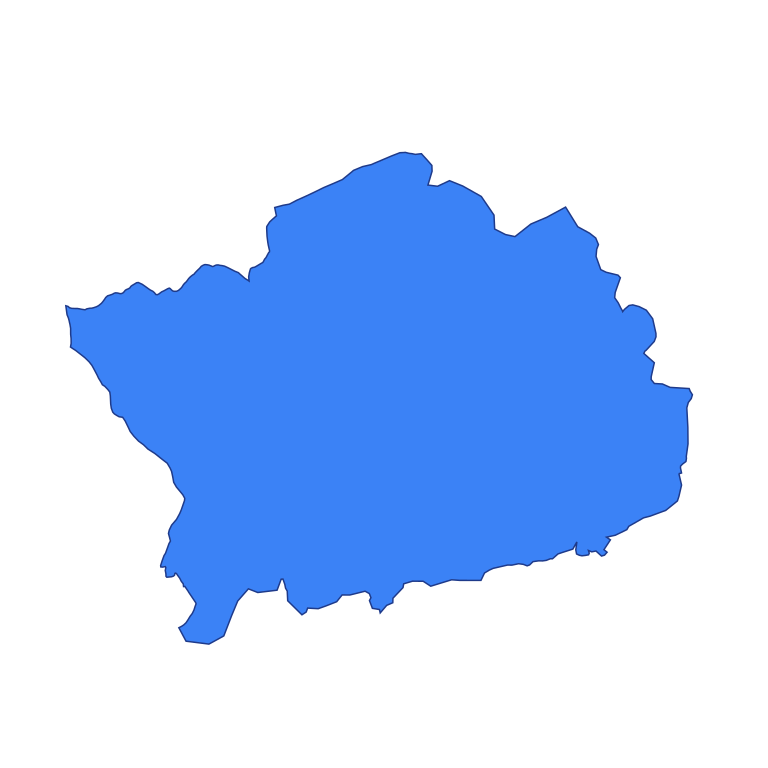 the district of Moneasa, Bihor, Romania, rotated 259°
{"feature_id": "2599482B38524178842533", "entity_name": "Moneasa", "entity_type": "district", "adm_level": 2, "iso_a3": "ROU", "parent_name": "Romania", "parent_adm1": "Bihor", "projection": "orthographic", "projection_center": [22.292, 46.464], "detail": "fine", "context": "isolated", "style": "filled", "palette": "blue", "viewbox_px": 768, "rotation_deg": 259, "n_neighbors": 0, "source": "geoboundaries", "source_scale": "gbopen_adm2", "svg_char_len": 5328}
<svg xmlns="http://www.w3.org/2000/svg" viewBox="0 0 768 768"><g transform="rotate(259 384 384)"><path d="M608.0,443.7L606.7,436.4L606.2,433.9L602.4,416.0L601.8,413.4L601.5,404.5L600.5,399.6L599.5,394.8L598.4,392.9L592.6,382.1L590.4,372.1L588.3,362.2L585.5,351.9L583.1,342.4L581.0,333.4L578.6,325.4L578.7,319.1L578.1,310.4L573.1,310.4L569.6,310.5L568.5,308.6L566.5,305.2L564.9,302.7L562.8,300.7L561.0,299.0L559.6,298.6L556.3,298.1L554.2,297.8L551.5,297.4L548.9,297.2L545.8,297.0L542.6,296.9L539.0,297.0L536.8,297.1L535.6,296.8L534.9,295.8L533.1,294.3L530.6,292.3L529.3,290.6L527.6,289.3L526.4,288.2L525.8,286.3L524.7,283.3L523.8,280.8L523.3,279.1L523.4,277.5L523.0,275.8L522.5,274.9L520.4,273.8L518.8,273.0L516.6,272.2L515.1,271.6L510.8,271.2L511.8,270.2L514.2,267.6L517.7,264.9L519.2,263.7L521.1,262.3L523.1,259.2L528.0,252.9L530.1,250.0L531.1,247.7L531.8,245.5L532.5,244.1L532.8,242.1L532.5,240.5L532.0,238.9L532.1,237.8L532.8,237.0L533.3,236.1L534.1,234.9L534.8,233.1L535.3,231.5L535.4,230.5L535.0,228.8L534.4,227.1L532.7,225.0L531.7,223.4L530.7,221.9L529.3,219.9L528.0,218.4L527.5,216.9L526.2,214.4L524.8,212.4L523.1,210.6L521.9,209.2L521.1,207.8L519.9,206.2L518.5,204.9L517.3,203.7L516.5,202.5L515.6,201.0L515.0,199.8L514.6,198.0L515.1,195.4L515.9,194.1L517.0,193.3L518.6,192.2L519.1,191.5L518.8,189.8L518.1,187.7L517.4,185.5L516.9,183.4L516.2,181.9L515.4,180.3L514.9,178.6L515.4,177.1L517.4,176.1L519.2,174.7L520.7,172.7L522.5,170.9L525.1,168.5L528.0,165.7L530.5,162.2L530.6,160.4L529.8,158.3L528.8,155.5L528.1,154.1L526.8,152.8L526.3,151.4L525.8,149.0L525.3,147.8L524.2,146.6L523.1,144.9L522.9,143.7L523.0,142.3L524.1,140.0L524.7,138.0L524.6,136.5L523.9,134.4L523.5,131.5L523.3,129.5L522.0,127.3L520.6,126.0L518.3,123.5L517.1,122.0L515.4,118.8L514.7,116.5L514.3,113.5L514.2,111.4L514.5,109.9L514.5,106.7L513.9,104.7L515.1,101.3L515.9,99.4L516.6,97.5L517.1,95.0L517.8,92.0L517.9,91.7L518.5,90.6L518.8,89.9L520.4,88.7L521.1,87.4L521.5,86.6L514.7,86.2L512.4,86.1L508.9,86.8L506.1,87.0L505.8,87.0L504.2,87.0L502.4,87.1L498.4,87.0L492.6,85.9L488.2,85.5L483.4,84.6L480.1,83.3L478.1,85.3L475.7,87.8L466.9,95.4L462.0,98.8L460.0,99.8L458.1,100.8L453.1,102.4L447.5,104.1L444.2,104.9L439.7,106.6L437.0,107.4L435.0,109.5L431.4,111.8L428.4,113.3L424.6,113.1L420.5,112.5L416.5,111.9L412.2,111.7L408.1,112.4L406.1,113.6L404.2,115.6L402.4,117.7L401.2,121.1L397.0,122.9L389.9,124.8L385.8,125.8L380.5,128.5L374.7,132.2L370.3,136.3L365.1,139.9L359.5,145.8L352.8,151.5L347.6,156.1L342.2,158.0L338.7,158.8L332.8,158.9L327.6,158.8L322.4,160.6L317.7,163.2L313.6,165.4L309.8,166.6L307.6,165.9L299.0,160.9L296.2,159.0L295.4,158.4L290.7,154.5L286.0,148.6L281.7,145.4L278.4,143.9L274.3,144.2L270.6,144.4L268.4,142.5L265.0,140.5L259.5,137.2L257.5,135.3L252.8,132.5L251.7,131.9L248.4,130.1L247.0,130.0L246.8,130.8L246.6,131.4L246.5,131.8L246.5,133.2L246.5,134.5L245.5,134.8L243.9,134.2L242.7,133.7L239.3,133.7L236.8,133.3L235.8,133.9L235.5,136.6L235.3,138.8L235.6,140.7L236.3,141.9L238.0,142.6L238.1,143.5L237.1,144.3L235.6,144.9L232.4,146.4L228.9,147.4L226.2,148.8L224.7,148.7L223.4,148.6L223.3,149.3L223.3,149.9L217.7,152.3L217.0,152.5L205.4,157.4L204.1,157.6L201.5,156.0L198.5,154.4L195.3,152.0L192.9,149.3L189.5,146.2L187.4,144.1L185.7,141.4L185.1,139.9L184.8,139.2L184.4,137.9L183.9,136.1L169.3,140.6L162.1,162.5L163.7,167.6L167.3,178.7L185.8,190.3L198.9,199.0L208.8,211.8L203.4,220.3L202.0,239.7L212.0,245.8L211.8,247.6L206.2,248.4L203.6,248.4L202.4,248.4L199.2,249.5L189.6,248.1L173.1,259.4L175.0,264.1L178.6,266.3L176.0,276.5L177.2,284.5L179.3,296.0L184.9,302.6L183.4,310.2L184.2,325.9L181.1,329.6L176.7,330.4L174.2,328.4L166.0,329.8L163.5,336.5L160.0,336.6L166.2,344.4L167.6,350.9L172.0,351.9L180.5,363.8L184.1,365.2L185.0,374.4L182.9,384.8L176.6,391.3L178.0,404.4L178.9,413.0L176.8,420.8L172.7,441.7L179.3,446.6L181.2,451.8L182.2,456.0L182.7,470.8L181.8,475.0L181.9,481.8L180.4,486.3L178.2,489.8L178.6,492.4L181.2,496.4L180.9,502.1L180.1,505.9L179.9,509.6L180.7,514.0L180.3,516.1L184.0,522.4L184.6,526.9L185.9,537.9L192.2,543.2L185.9,541.1L184.7,540.6L180.4,540.6L179.6,541.7L178.6,543.1L177.6,545.5L177.3,549.1L177.3,552.2L178.8,553.2L181.6,552.9L179.6,555.9L179.6,560.2L173.6,564.7L173.9,567.8L176.3,570.9L179.4,568.3L187.8,576.5L191.2,573.2L191.4,582.2L194.7,594.6L197.6,597.1L203.1,613.3L203.5,620.0L206.2,636.5L213.2,649.7L217.3,652.0L228.0,656.8L239.1,656.4L239.8,656.8L239.7,658.1L239.9,659.1L245.0,659.0L246.9,659.5L248.5,661.9L250.3,665.6L253.3,666.7L255.2,666.9L267.2,671.0L283.5,674.0L302.8,676.7L307.8,679.2L311.0,682.8L314.6,684.7L318.5,683.2L321.3,682.7L326.1,664.2L330.9,657.3L332.9,649.5L337.4,647.1L340.2,647.7L353.3,653.4L364.4,644.9L366.4,646.3L367.2,647.9L374.2,657.4L378.4,660.0L381.8,660.6L396.8,660.2L406.4,655.6L411.3,649.2L414.2,643.3L414.3,639.5L411.4,634.3L409.5,632.1L410.7,631.9L413.2,631.0L419.0,629.4L424.7,626.9L429.7,628.4L443.2,636.3L446.2,634.5L451.3,623.4L454.9,618.6L468.8,616.5L475.7,618.5L479.9,621.1L486.9,619.7L492.8,614.6L501.4,604.2L523.0,596.0L516.6,575.6L513.0,558.7L503.7,540.7L507.5,531.8L515.0,522.2L528.8,524.2L549.5,515.3L563.3,499.1L571.1,487.1L567.9,474.3L570.9,465.1L583.7,471.8L589.4,472.7L596.3,468.7L601.5,465.5L602.9,464.7L603.1,462.8L603.4,458.6L604.6,455.8L604.7,455.6L605.6,452.7L607.3,449.1L607.4,447.9L608.0,443.7Z" fill="#3b82f6" stroke="#1e3a8a" stroke-width="1.5"/></g></svg>